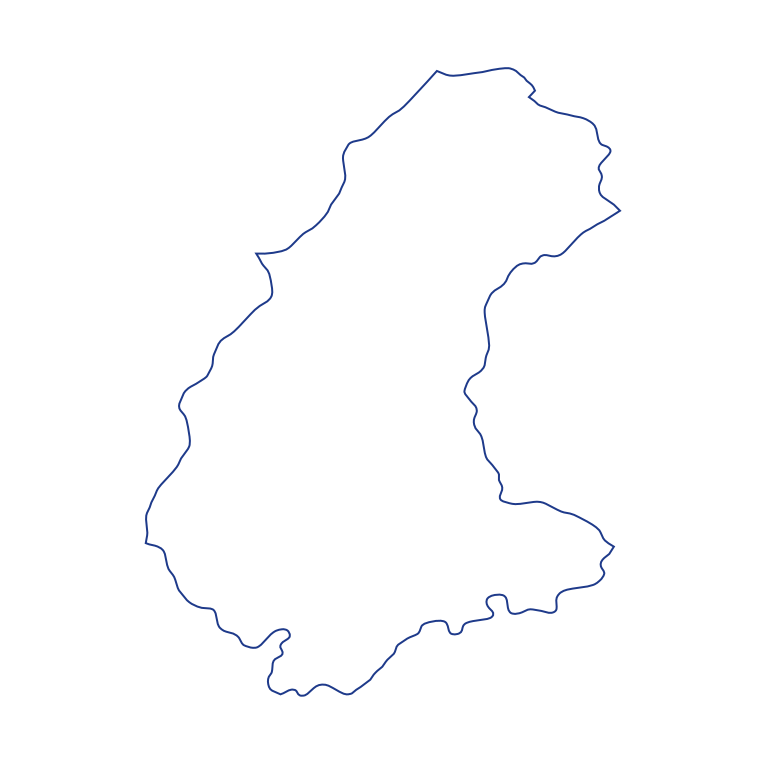 Yamasá, Monte Plata, Dominican Republic (Equal Earth projection), rotated 81°
{"feature_id": "3306468B37411515289314", "entity_name": "Yamasá", "entity_type": "district", "adm_level": 2, "iso_a3": "DOM", "parent_name": "Dominican Republic", "parent_adm1": "Monte Plata", "projection": "equal_earth", "projection_center": [-70.05, 18.766], "detail": "fine", "context": "isolated", "style": "outline", "palette": "blue", "viewbox_px": 768, "rotation_deg": 81, "n_neighbors": 0, "source": "geoboundaries", "source_scale": "gbopen_adm2", "svg_char_len": 6149}
<svg xmlns="http://www.w3.org/2000/svg" viewBox="0 0 768 768"><g transform="rotate(81 384 384)"><path d="M91.3,238.0L91.1,246.2L91.0,259.8L90.4,267.4L89.6,270.9L88.3,274.2L83.1,282.8L92.1,293.9L108.4,314.7L113.0,320.9L116.2,326.1L118.9,333.3L121.0,337.3L124.5,342.3L133.9,354.3L136.4,358.1L137.8,360.9L138.7,363.9L139.2,367.1L139.8,376.5L140.5,379.3L141.1,380.5L141.9,381.6L148.5,386.9L151.9,388.6L154.5,389.2L157.1,389.4L171.9,389.6L175.7,390.4L178.1,391.5L183.3,395.1L188.9,398.5L198.5,408.2L205.2,412.5L209.3,416.6L214.1,422.6L216.7,426.4L219.1,430.4L221.8,437.6L223.1,440.3L225.7,444.2L233.0,454.0L234.6,456.6L235.9,459.5L236.8,464.4L237.1,472.8L236.6,481.3L235.2,489.8L239.9,487.8L246.0,485.7L248.3,484.5L253.6,481.2L257.4,480.1L264.0,479.6L272.1,479.6L276.0,480.0L278.5,480.8L279.7,481.4L281.7,483.0L284.1,486.3L287.5,494.6L290.6,500.0L294.3,505.0L305.0,518.7L308.6,523.8L310.9,527.8L313.7,534.9L315.8,538.5L318.6,541.3L328.3,547.4L330.6,548.5L336.9,550.0L339.3,550.9L341.5,552.2L348.3,557.3L349.2,558.3L350.5,560.6L354.4,569.5L356.4,575.2L357.6,577.9L359.9,581.3L361.8,583.2L371.4,589.2L373.7,589.9L376.2,589.9L378.4,589.1L382.5,586.6L384.8,585.5L388.8,584.7L395.8,584.3L405.6,584.3L409.8,584.6L413.8,585.5L415.1,586.1L417.4,587.7L425.8,596.1L431.4,599.8L433.6,601.7L437.7,606.2L448.5,619.9L451.6,623.3L453.9,625.1L458.4,627.8L464.6,632.3L469.2,634.7L474.4,638.3L476.8,639.4L480.6,640.2L493.9,641.0L496.4,641.6L503.9,644.2L505.7,640.9L507.8,635.6L509.1,633.1L511.5,629.9L513.6,628.3L514.9,627.7L517.6,627.0L528.9,626.5L532.9,625.8L535.2,624.8L539.5,622.4L541.9,621.4L544.7,620.8L553.1,619.6L555.8,618.8L566.8,612.4L569.0,610.5L571.1,608.3L574.6,603.2L576.6,599.0L578.6,590.7L579.8,588.4L580.8,587.5L581.9,586.9L584.2,586.2L595.0,585.7L597.6,585.0L598.9,584.4L600.9,582.8L602.7,580.8L604.0,578.5L606.9,572.0L609.3,568.9L611.2,567.4L612.3,566.8L617.8,564.9L619.8,563.6L621.2,561.5L623.4,557.0L624.1,554.6L624.4,551.9L624.2,550.3L623.7,548.9L622.3,546.2L613.6,535.0L612.0,532.2L611.3,530.6L610.8,529.1L610.3,526.0L610.3,522.9L610.5,521.5L611.0,520.1L611.6,518.8L612.5,517.8L613.5,517.1L616.4,516.2L618.3,516.5L619.3,517.0L620.6,518.7L623.0,524.2L624.4,526.0L626.0,527.2L627.8,527.6L631.2,526.5L633.0,526.1L634.9,526.6L636.3,528.1L638.7,534.6L640.3,536.4L642.5,537.6L648.7,539.1L651.0,539.9L652.0,540.5L655.1,543.5L657.3,544.6L659.8,545.2L662.5,545.3L665.1,545.0L667.5,544.1L669.4,542.4L674.3,534.8L673.7,531.9L671.7,526.0L671.4,523.4L671.5,522.1L672.3,519.8L673.0,519.0L673.7,518.5L677.0,517.2L678.4,515.8L678.9,514.7L679.2,512.2L679.1,510.8L678.1,508.2L673.4,501.0L672.0,498.3L671.2,495.3L671.2,492.1L671.9,488.9L673.3,486.0L676.1,482.2L681.0,476.1L683.6,472.3L684.7,469.5L684.9,468.0L684.8,465.3L684.5,464.0L681.7,459.3L679.6,454.5L673.9,443.8L669.4,439.6L667.8,437.6L666.3,435.5L663.0,429.9L658.6,425.7L656.9,423.8L652.0,416.5L650.2,415.1L645.4,412.6L643.7,410.8L639.1,400.9L638.2,398.1L636.9,392.4L636.1,390.0L635.4,388.9L633.8,387.5L629.2,384.9L628.4,384.1L627.1,381.5L626.3,376.7L626.1,369.9L626.7,365.0L627.7,362.1L628.5,360.9L629.5,360.0L630.7,359.5L633.0,358.9L637.8,358.5L640.0,357.7L641.0,356.9L641.7,355.7L642.4,353.2L642.4,350.4L642.2,349.1L641.1,346.8L639.4,345.5L636.7,344.4L635.0,343.4L634.2,342.5L633.4,341.3L632.9,339.9L632.3,336.7L632.1,333.2L632.2,318.8L631.7,315.7L631.2,314.4L630.3,313.2L629.4,312.4L627.2,312.0L625.3,312.7L621.8,315.2L619.7,316.3L617.5,316.9L615.2,316.9L612.9,316.1L611.9,315.2L611.0,313.9L610.0,310.9L609.7,307.6L610.1,302.8L611.1,299.8L612.0,298.5L613.1,297.6L614.2,297.0L616.7,296.5L624.4,296.6L626.9,296.3L629.1,295.3L630.1,294.4L630.8,293.2L631.6,290.5L631.6,286.2L631.1,283.3L629.4,277.3L629.4,274.7L630.0,272.2L632.7,264.2L635.8,257.0L636.2,254.4L636.1,253.0L635.8,251.7L635.2,250.4L634.3,249.4L633.2,248.8L631.0,248.3L624.6,247.7L622.0,246.8L620.0,245.3L618.2,243.2L617.5,241.9L616.4,238.9L615.8,235.3L615.6,229.8L615.8,214.6L615.2,209.1L614.8,207.3L613.7,204.6L612.2,202.1L610.6,199.8L607.8,197.2L605.8,196.1L604.8,196.0L602.8,196.4L600.1,197.7L598.1,198.3L595.8,198.2L593.6,197.3L591.7,195.6L590.2,193.6L587.1,188.1L580.6,182.4L576.5,187.2L573.1,190.3L570.7,191.6L564.6,193.3L562.2,194.2L558.7,196.9L555.5,200.2L551.6,204.9L546.3,212.0L543.0,216.7L541.0,220.6L539.0,226.3L537.7,228.9L535.3,232.5L527.6,242.9L526.1,245.4L525.0,248.1L524.2,251.3L523.9,254.6L523.7,268.1L523.2,273.1L522.4,276.1L521.4,278.7L518.6,284.6L517.1,286.5L516.1,287.1L515.0,287.4L512.8,287.1L507.1,283.9L504.8,283.4L502.6,283.6L498.7,285.0L496.8,285.5L491.3,284.6L489.4,285.1L481.0,289.7L474.7,293.8L472.0,294.7L467.9,295.2L455.2,295.4L451.1,296.0L448.5,296.8L442.1,300.5L438.4,301.3L435.9,301.3L433.4,300.8L431.2,299.8L428.1,297.8L426.1,296.8L424.9,296.5L422.4,296.5L420.1,297.2L415.1,300.6L406.8,305.3L404.7,305.8L403.7,305.7L401.6,304.9L396.5,302.0L393.4,299.7L391.6,297.6L390.2,295.3L387.5,288.5L386.1,286.1L383.5,283.1L381.3,281.7L374.1,279.4L371.8,278.4L366.4,275.2L362.5,274.1L354.3,273.6L333.3,273.7L329.2,273.4L326.5,273.0L323.9,272.2L321.7,270.9L313.2,265.3L311.3,263.5L309.0,260.1L306.2,253.4L304.0,249.9L301.3,247.2L296.8,244.4L293.6,241.6L290.6,238.1L288.1,234.2L287.0,231.2L286.7,228.1L286.9,225.2L288.4,219.4L288.1,217.1L287.8,215.9L286.6,214.0L283.0,210.2L282.4,209.3L281.8,206.9L281.7,205.6L282.2,203.1L284.0,198.4L284.6,195.6L284.6,192.5L283.9,189.4L282.6,186.7L281.0,184.2L269.7,169.9L267.1,166.1L265.6,163.5L264.4,160.7L263.0,156.3L259.6,148.3L257.3,141.1L249.8,123.8L242.8,128.9L233.5,138.7L231.1,140.3L228.6,141.1L226.1,141.3L222.3,140.7L220.0,139.7L216.0,137.2L213.8,136.4L212.6,136.3L210.4,136.5L205.6,138.3L203.6,138.0L201.5,136.8L199.6,134.9L192.5,126.0L190.6,124.4L189.5,123.9L188.4,123.8L187.4,124.0L185.6,125.2L184.2,126.9L182.0,131.0L181.3,131.9L179.4,133.2L175.9,134.1L165.5,134.5L161.7,135.6L159.3,137.2L157.2,139.2L154.3,142.8L152.7,145.5L151.3,148.4L149.3,154.2L146.5,160.8L143.3,169.5L141.8,172.3L135.9,181.3L133.4,186.3L131.9,188.2L128.0,191.2L123.3,196.0L117.9,189.0L114.2,190.1L112.0,191.2L110.1,192.7L106.8,195.7L103.2,197.6L100.2,200.8L95.5,204.6L93.6,207.1L92.0,210.2L91.5,211.8L91.0,215.3L90.7,220.7L90.7,228.1L91.3,238.0Z" fill="none" stroke="#1e3a8a" stroke-width="2"/></g></svg>